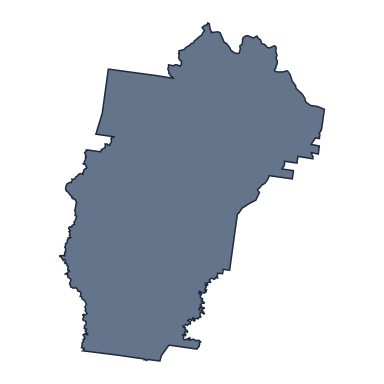 Whittlesea, Victoria, Australia (orthographic projection)
{"feature_id": "25037944B28600424223398", "entity_name": "Whittlesea", "entity_type": "district", "adm_level": 2, "iso_a3": "AUS", "parent_name": "Australia", "parent_adm1": "Victoria", "projection": "orthographic", "projection_center": [145.045, -37.551], "detail": "fine", "context": "isolated", "style": "filled", "palette": "slate", "viewbox_px": 384, "rotation_deg": 0, "n_neighbors": 0, "source": "geoboundaries", "source_scale": "gbopen_adm2", "svg_char_len": 5848}
<svg xmlns="http://www.w3.org/2000/svg" viewBox="0 0 384 384"><path d="M161.4,355.5L168.9,345.2L169.3,345.2L197.1,349.1L197.9,347.6L199.1,346.5L199.2,345.1L199.7,344.0L199.2,342.8L200.7,341.9L199.2,340.5L197.8,340.3L196.1,340.9L194.7,339.7L193.0,339.2L189.6,340.1L188.6,339.9L188.9,339.3L190.0,338.5L189.8,337.7L185.3,339.8L184.2,339.6L183.4,338.7L183.8,336.5L183.6,335.6L182.7,335.1L182.6,334.7L183.5,334.4L185.4,335.6L185.9,334.7L184.6,333.0L184.6,331.9L185.9,331.7L187.4,332.3L187.6,331.8L187.1,330.4L185.2,329.6L185.4,327.8L183.2,327.1L183.0,326.0L184.5,325.9L186.0,324.4L187.5,325.4L188.2,324.4L189.3,323.6L190.3,324.0L190.5,323.7L190.1,321.7L187.7,320.5L188.8,319.4L190.8,319.6L191.3,320.5L192.5,319.3L192.5,318.3L193.0,317.8L193.6,318.1L193.8,318.8L193.2,320.3L194.4,321.1L194.8,320.7L195.1,319.0L195.5,318.5L196.9,318.3L198.0,318.9L199.2,317.3L200.7,317.1L200.8,316.7L200.2,316.0L200.2,314.7L199.9,313.5L200.6,312.3L201.1,312.2L203.9,314.0L204.4,313.7L202.9,311.2L201.3,310.2L199.7,310.3L199.2,309.7L199.6,307.4L201.4,308.4L201.9,309.1L203.5,308.9L204.2,308.3L204.2,307.9L203.8,307.5L201.6,307.3L200.8,306.8L201.4,305.8L200.4,304.8L201.9,303.3L203.9,303.3L204.3,302.9L203.9,302.1L201.4,300.9L201.4,300.3L202.4,300.0L202.6,298.8L200.6,297.7L200.2,296.1L201.6,294.2L201.6,293.6L199.5,293.9L198.8,293.4L199.8,292.6L199.1,291.7L199.4,291.2L201.5,292.3L204.4,293.1L206.1,291.8L206.6,290.1L206.1,290.1L205.5,290.8L204.7,290.6L205.0,289.4L206.2,287.4L206.2,286.9L205.5,286.1L205.4,285.4L207.4,285.3L207.7,284.8L207.3,284.3L205.5,283.7L205.3,283.1L207.1,283.4L208.6,282.2L210.3,282.4L210.6,281.6L209.5,280.4L209.3,279.8L210.9,278.5L212.3,278.4L214.1,279.4L214.9,278.9L215.5,277.5L217.6,278.0L217.6,277.3L217.0,277.3L216.8,275.9L217.9,274.3L217.6,273.2L222.6,273.7L223.2,269.4L229.6,270.3L237.4,214.1L238.8,213.1L241.9,208.4L249.1,203.6L255.9,200.1L259.4,192.6L257.5,189.8L257.6,189.1L259.4,188.2L261.8,185.1L265.1,183.2L267.7,179.5L269.3,175.7L292.3,178.9L293.5,170.6L282.0,169.0L284.5,165.1L284.5,161.3L297.0,163.1L297.9,156.4L312.9,158.8L313.0,156.6L312.0,154.9L311.4,152.6L318.3,154.1L319.3,146.0L311.1,144.4L315.5,137.9L319.4,138.6L319.6,138.3L319.1,136.9L319.8,136.1L319.8,134.4L319.1,133.2L319.9,132.6L320.3,131.5L321.1,130.9L321.3,129.2L321.6,129.1L324.4,109.3L317.6,106.5L310.4,105.4L306.3,102.4L305.4,100.8L304.8,98.3L302.3,94.2L296.1,88.5L295.6,85.7L292.3,81.2L290.1,74.6L287.7,71.1L286.8,70.8L283.1,71.9L279.0,72.0L276.7,71.8L274.7,71.0L274.4,69.8L275.8,68.3L276.0,66.7L277.4,62.8L277.2,61.1L276.0,57.9L277.0,55.6L275.7,50.6L276.2,48.2L275.9,46.9L275.2,46.1L274.1,45.9L269.4,48.0L267.2,47.4L265.4,45.2L264.0,44.2L261.8,43.8L260.5,39.8L258.1,38.1L256.9,36.0L253.3,38.0L247.9,35.7L245.8,35.9L243.3,37.4L242.6,39.2L242.4,43.3L241.6,44.5L239.8,46.0L240.3,49.0L239.2,53.1L238.6,53.5L234.8,53.1L230.7,50.1L230.1,48.2L226.8,43.8L225.8,43.0L224.4,42.6L220.1,32.7L217.7,31.8L211.3,32.6L211.6,31.6L210.9,31.0L210.2,29.0L209.2,23.6L207.6,23.0L207.2,24.7L204.7,25.5L202.2,27.3L202.1,27.7L204.5,30.5L202.9,32.7L201.8,35.1L199.2,36.8L194.0,41.4L193.2,43.1L191.1,43.5L190.2,44.9L186.2,47.3L185.2,48.2L184.6,49.3L178.9,50.9L179.2,52.3L178.5,53.3L179.1,54.5L178.9,55.8L179.0,56.7L178.6,57.8L180.1,60.6L181.7,61.2L181.2,63.2L181.5,64.2L180.7,65.1L180.3,66.2L177.9,65.1L175.8,64.7L175.0,64.8L173.5,65.8L168.6,64.8L168.3,67.8L167.8,68.8L169.0,72.1L168.7,73.2L169.8,74.4L170.4,75.9L172.0,76.6L173.2,78.3L157.2,75.7L108.3,69.1L102.3,113.0L95.9,134.2L114.1,136.8L114.0,137.1L111.5,137.9L111.0,138.6L111.5,141.7L110.9,143.0L110.2,143.4L109.9,144.5L109.4,144.8L109.5,145.4L108.1,145.2L107.3,144.0L105.0,144.0L105.4,145.9L105.0,146.7L105.0,147.7L101.4,149.6L101.5,150.5L100.6,151.1L100.4,151.8L87.2,149.9L87.0,150.5L86.0,150.3L86.1,151.4L84.7,152.6L85.0,153.1L84.9,153.7L85.7,154.8L85.6,156.3L86.3,156.9L85.3,157.7L85.8,158.8L84.2,161.8L84.5,163.3L83.2,163.7L83.7,164.2L84.9,164.4L86.2,165.5L86.1,166.6L86.8,167.1L86.4,168.5L84.9,168.9L83.8,170.2L83.4,172.0L82.8,172.8L83.1,173.2L83.0,174.4L80.5,173.6L79.6,173.7L77.7,175.3L77.0,176.3L75.9,176.8L74.6,179.3L71.9,179.1L72.2,180.3L71.2,182.6L70.4,182.3L68.5,183.0L67.1,183.8L66.7,184.9L66.1,185.4L66.1,186.7L65.5,188.5L66.2,190.9L67.6,191.7L70.6,195.6L71.8,196.3L71.7,197.5L72.5,197.6L72.4,198.6L75.3,199.4L75.3,200.2L76.7,202.6L75.7,204.5L76.0,205.5L75.1,208.6L75.4,209.7L74.6,210.5L75.5,212.3L75.1,215.6L76.5,216.0L76.5,217.7L76.0,218.2L75.7,219.6L73.9,222.3L74.7,224.3L72.1,225.4L71.7,227.1L69.6,226.8L68.7,227.9L68.9,229.0L70.4,230.8L69.0,231.6L69.7,232.9L69.9,234.1L69.4,235.3L70.7,237.7L69.5,238.2L68.8,237.7L68.1,237.8L67.9,239.5L67.2,240.1L67.4,241.7L67.1,242.5L65.5,243.6L65.6,245.1L65.1,246.3L65.2,247.1L64.8,247.3L65.9,249.2L65.3,250.8L65.6,251.9L64.6,252.5L64.9,255.4L64.6,255.8L63.5,255.3L62.5,255.7L60.0,255.6L59.6,256.1L60.0,256.7L61.2,257.1L63.2,260.5L64.2,259.6L65.0,259.8L65.4,261.4L64.5,262.6L65.2,263.6L66.4,263.2L67.1,264.4L67.0,265.8L67.9,266.2L68.2,266.7L68.3,267.5L67.7,268.4L67.7,269.5L68.2,270.8L69.2,270.6L69.4,271.3L68.1,272.2L67.4,273.2L66.1,273.3L65.3,274.0L67.7,274.7L67.9,277.2L70.7,279.1L70.9,280.1L69.5,283.8L70.6,285.5L70.5,286.7L73.1,288.1L76.3,287.9L77.0,288.8L78.0,291.1L79.8,291.4L81.0,293.6L80.2,296.5L81.7,296.7L82.2,299.0L84.8,300.8L86.4,304.4L84.9,307.0L85.8,309.4L85.1,310.6L87.1,313.7L85.4,314.8L83.7,314.3L82.8,314.9L82.9,315.5L83.5,315.7L83.9,316.6L82.7,319.2L83.3,320.3L85.3,321.1L85.9,321.7L86.1,324.4L84.5,325.7L84.3,328.5L84.9,328.9L86.4,329.0L86.4,330.0L85.2,331.0L85.2,331.4L87.6,333.7L87.8,334.5L86.9,334.8L86.4,334.7L86.3,333.7L84.8,333.8L83.0,334.9L84.5,336.9L84.3,338.3L84.9,338.5L84.3,339.3L83.1,339.5L83.4,341.2L82.1,343.0L82.1,345.8L81.5,347.6L82.7,348.4L83.8,348.1L84.2,348.8L83.8,349.8L82.7,350.8L118.0,355.2L144.3,359.0L144.2,359.8L145.3,359.6L146.7,360.5L147.9,359.5L159.9,361.0L161.4,355.5Z" fill="#64748b" stroke="#1e293b" stroke-width="1.5"/></svg>